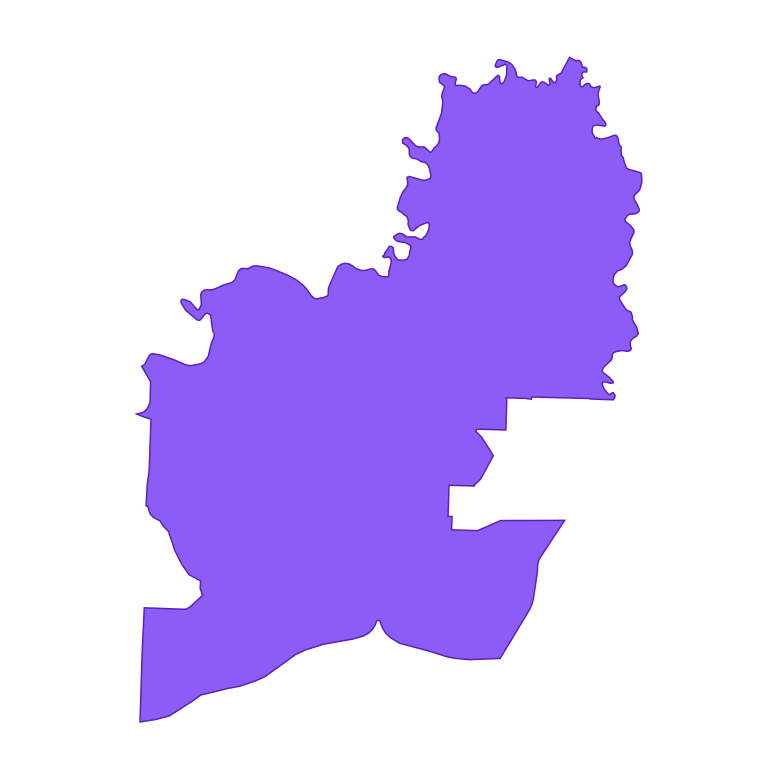 Banyule, Victoria, Australia (Albers equal-area conic projection), rotated 174°
{"feature_id": "25037944B35750934340746", "entity_name": "Banyule", "entity_type": "district", "adm_level": 2, "iso_a3": "AUS", "parent_name": "Australia", "parent_adm1": "Victoria", "projection": "albers", "projection_center": [145.061, -37.734], "detail": "fine", "context": "isolated", "style": "filled", "palette": "violet", "viewbox_px": 768, "rotation_deg": 174, "n_neighbors": 0, "source": "geoboundaries", "source_scale": "gbopen_adm2", "svg_char_len": 6163}
<svg xmlns="http://www.w3.org/2000/svg" viewBox="0 0 768 768"><g transform="rotate(174 384 384)"><path d="M623.1,426.9L615.9,410.6L618.6,390.2L620.3,386.8L623.0,383.3L626.5,380.9L633.1,380.0L627.9,377.1L619.4,373.4L626.7,321.7L629.8,309.5L633.4,287.7L631.8,287.2L630.2,279.3L627.2,275.4L621.2,271.4L617.7,264.7L613.4,259.6L613.2,256.8L610.8,247.2L609.6,240.6L603.8,225.5L597.8,214.7L587.0,207.3L588.2,199.9L586.6,192.7L599.7,182.9L603.7,180.9L606.6,180.9L645.8,186.5L652.5,142.8L662.0,73.4L647.1,74.1L632.3,76.3L608.0,88.5L598.8,93.8L571.8,97.5L559.2,98.5L542.3,102.3L532.8,105.5L500.4,124.1L489.3,127.9L471.5,131.5L441.0,133.7L430.6,135.6L424.8,138.2L421.5,140.9L418.0,145.2L416.0,149.3L414.4,149.8L412.8,148.6L410.8,141.0L408.0,135.5L404.3,131.3L395.6,124.5L367.7,113.9L350.9,106.6L343.1,104.0L327.7,100.9L297.2,98.9L267.2,138.6L262.7,144.7L259.8,149.6L257.8,155.1L251.2,180.6L250.0,188.5L248.0,193.6L218.6,229.5L282.2,236.0L306.2,228.4L332.0,231.9L330.2,245.1L334.1,245.7L329.9,276.5L304.8,273.1L304.7,274.2L297.9,279.3L282.7,301.3L292.6,321.1L297.8,327.4L296.2,329.4L267.6,325.5L263.5,355.6L264.0,357.5L244.4,354.8L239.2,353.5L238.4,355.6L181.3,348.1L180.9,347.6L157.6,344.3L155.9,346.3L155.4,348.5L157.0,351.4L158.0,351.4L160.2,350.0L161.3,350.1L162.9,351.8L165.8,356.6L166.9,360.2L166.8,362.0L165.9,363.1L164.0,363.1L158.4,360.9L156.3,361.1L155.9,361.4L155.9,362.6L159.7,367.6L164.8,372.3L165.5,373.5L165.6,374.6L164.3,377.2L163.3,378.1L155.2,384.3L154.2,387.0L154.0,389.2L152.8,390.7L150.7,391.8L144.9,392.4L142.1,392.1L139.2,391.1L136.8,391.2L135.4,391.8L134.3,393.2L134.9,395.7L135.0,398.4L134.6,400.3L132.1,403.3L128.0,405.1L125.9,407.6L126.3,411.7L126.9,414.3L130.3,421.8L129.8,425.0L130.9,429.7L135.4,432.4L140.8,443.0L140.9,446.0L134.4,450.6L132.6,453.2L132.6,455.4L133.7,457.1L134.7,457.6L139.9,456.2L141.7,456.4L143.4,457.7L145.2,460.4L145.6,462.8L144.2,467.5L143.3,469.0L139.8,472.1L135.0,473.4L130.9,476.2L123.5,486.9L123.1,489.0L123.2,491.1L124.6,495.2L125.0,498.5L123.0,503.2L119.9,507.9L119.3,510.4L119.9,512.1L122.3,515.8L126.7,520.2L127.2,521.0L127.2,523.0L124.4,525.9L122.3,527.2L117.2,526.9L114.0,527.7L112.2,529.2L111.8,530.6L113.3,535.9L115.8,541.4L116.1,544.0L114.7,546.0L110.3,549.4L108.9,551.6L106.5,557.7L106.0,565.7L106.3,566.8L107.0,567.4L118.4,572.0L120.2,573.5L121.8,578.9L122.4,584.0L124.2,586.9L123.4,595.0L125.0,597.3L125.6,604.0L126.2,605.8L127.3,607.1L128.9,607.3L136.5,605.4L141.6,604.8L145.4,605.7L146.8,606.9L148.2,606.2L149.1,606.9L149.0,608.4L150.4,611.4L150.6,613.2L150.2,616.3L149.1,618.7L145.5,619.4L137.4,617.4L136.5,617.9L136.1,619.0L137.0,621.5L138.8,624.2L142.2,631.1L144.9,633.9L143.6,638.4L141.9,638.4L140.8,639.7L140.4,642.6L140.9,650.3L137.9,657.2L138.7,657.8L143.1,656.7L145.6,657.1L147.3,658.4L148.1,660.9L149.4,661.6L152.0,661.5L155.5,658.8L157.6,659.7L157.6,663.0L156.8,666.3L154.1,667.6L155.0,670.3L154.9,672.0L153.0,673.6L150.0,673.1L149.3,675.0L149.4,676.1L150.4,677.7L153.6,678.6L154.5,683.5L156.2,685.4L159.9,685.7L165.3,689.4L175.4,674.6L179.1,673.2L180.4,672.1L180.2,668.8L182.2,665.6L183.7,666.1L186.0,669.9L187.1,670.8L188.0,670.0L187.3,665.8L188.1,664.2L189.9,664.3L192.9,667.1L195.5,668.1L196.6,667.4L200.7,662.9L202.3,663.9L200.8,668.2L201.8,670.4L203.7,670.8L209.1,670.5L214.3,674.5L219.3,675.3L220.1,677.5L220.0,679.8L220.7,683.2L222.9,687.5L224.1,689.0L226.9,691.2L235.1,694.6L236.9,694.2L238.3,692.6L240.1,689.4L239.9,687.9L238.8,687.2L236.9,687.1L230.0,689.4L228.7,688.1L228.5,687.1L229.9,678.3L231.9,673.9L233.7,671.2L235.5,670.4L236.8,670.9L237.2,672.5L237.0,677.5L237.8,678.9L238.7,679.0L248.0,671.9L250.2,670.9L253.9,671.1L255.4,670.5L258.4,667.3L259.8,665.1L262.9,663.5L265.4,664.2L267.8,668.5L272.1,671.8L277.2,673.1L281.5,673.4L281.9,675.3L280.1,680.0L280.9,681.6L285.4,682.8L290.7,686.3L293.2,686.2L295.9,685.2L297.3,683.0L297.3,679.6L297.0,678.0L293.0,674.4L292.9,672.8L293.6,670.8L295.3,668.1L296.5,664.1L296.0,658.2L298.5,647.2L305.5,633.1L305.4,630.5L303.0,627.7L303.2,621.5L304.6,617.7L307.0,615.1L309.4,613.6L312.1,610.3L312.8,609.8L314.2,609.7L318.6,615.1L319.9,615.6L324.8,616.1L327.5,617.5L333.1,624.7L334.9,626.5L336.9,626.8L338.4,626.5L339.9,624.9L340.3,623.8L340.2,621.8L336.4,618.6L334.7,616.0L334.4,614.7L334.8,609.6L334.1,607.3L331.9,605.6L328.1,604.5L323.2,601.0L320.1,600.0L318.1,598.4L316.4,594.2L315.5,585.9L316.1,584.5L317.1,583.5L321.3,582.2L324.7,582.8L337.1,587.8L339.2,587.2L339.7,586.3L339.4,583.5L339.6,580.1L340.5,578.2L341.5,576.7L345.1,573.2L348.3,567.8L352.2,558.2L352.3,556.3L351.0,554.5L348.4,552.8L346.4,550.3L343.8,548.3L342.7,543.8L343.4,540.4L341.9,534.7L341.0,533.8L338.9,533.4L332.4,537.7L324.8,540.0L322.7,539.5L322.3,538.1L323.1,533.5L325.5,529.1L327.5,526.7L328.9,525.9L330.5,524.2L333.0,524.0L337.7,527.1L345.4,527.7L350.0,531.4L352.5,532.2L355.2,531.6L358.9,529.6L358.9,528.2L356.8,525.2L355.3,524.4L347.5,522.2L342.9,518.6L343.1,516.2L344.6,512.9L345.5,509.0L348.1,505.7L351.8,505.1L356.4,505.8L357.6,506.5L359.7,509.8L360.7,513.3L360.6,518.6L362.2,520.0L364.4,520.3L366.9,516.9L369.7,514.1L370.2,512.1L371.9,511.3L371.3,510.1L370.3,509.8L365.6,509.6L364.2,507.8L363.9,506.3L364.4,503.0L367.4,495.6L368.0,490.7L369.7,490.2L375.1,491.3L377.8,492.7L381.7,499.2L384.5,500.0L389.8,499.0L394.1,499.1L399.5,501.7L403.3,505.1L406.3,507.1L410.0,508.1L413.9,507.6L417.5,505.6L419.0,503.4L426.7,489.8L429.2,485.3L430.1,479.1L430.7,477.6L435.5,476.2L438.6,476.2L441.8,475.6L444.7,476.7L447.5,480.1L451.8,487.7L454.4,490.9L460.6,496.9L468.2,502.1L480.4,508.8L486.4,511.6L498.4,514.9L502.2,514.9L507.1,513.0L513.9,513.8L516.7,512.0L521.3,503.4L524.4,500.9L534.0,499.0L542.6,496.1L545.8,495.7L552.2,496.3L554.8,495.1L555.9,494.2L556.9,492.0L557.3,482.1L560.4,477.1L562.2,477.6L568.0,485.9L573.2,488.7L575.4,489.3L576.2,489.4L577.0,488.5L577.3,486.5L576.9,485.0L573.5,478.0L563.1,467.2L561.0,466.6L559.7,467.1L555.3,471.7L553.0,473.0L551.2,472.4L549.2,470.4L548.9,457.8L548.5,454.0L547.7,452.3L547.6,451.1L548.0,449.3L551.8,441.6L556.0,429.7L560.5,424.8L564.1,423.4L573.9,422.4L576.7,423.0L579.4,423.9L590.4,430.1L603.7,436.3L611.0,438.4L613.2,437.8L614.6,436.6L620.0,428.4L623.1,426.9Z" fill="#8b5cf6" stroke="#5b21b6" stroke-width="1.5"/></g></svg>